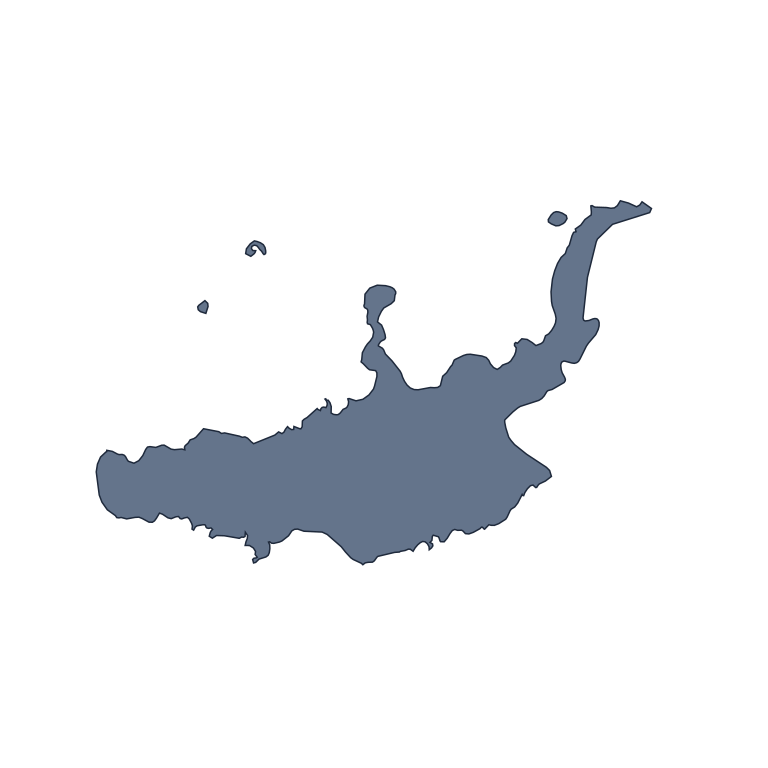 the border of West New Britain, rotated 345°
{"feature_id": "PNG-1257", "entity_name": "West New Britain", "entity_type": "Province", "adm_level": 1, "iso_a3": "PNG", "parent_name": "Papua New Guinea", "parent_adm1": "", "projection": "robinson", "projection_center": [149.97, -5.482], "detail": "fine", "context": "isolated", "style": "filled", "palette": "slate", "viewbox_px": 768, "rotation_deg": 345, "n_neighbors": 0, "source": "natural_earth", "source_scale": "10m", "svg_char_len": 6161}
<svg xmlns="http://www.w3.org/2000/svg" viewBox="0 0 768 768"><g transform="rotate(345 384 384)"><path d="M521.8,516.6L514.8,519.5L508.2,520.7L506.7,521.6L504.7,523.4L503.7,523.3L501.8,520.2L499.2,520.1L495.4,522.3L491.9,525.4L490.0,528.0L489.0,527.5L488.8,526.5L482.3,533.7L478.4,536.6L474.5,537.8L473.0,539.0L468.6,544.3L466.6,546.1L458.7,548.6L454.0,549.1L450.9,548.2L448.9,547.1L443.6,550.3L443.0,549.8L442.1,547.9L441.1,547.5L439.2,548.6L431.9,550.4L427.2,550.8L423.9,549.6L422.2,546.4L421.1,545.3L417.2,544.4L414.7,542.8L412.1,543.2L409.1,545.5L405.2,549.3L401.3,552.0L397.9,551.0L397.5,550.1L397.3,546.8L397.0,545.6L392.4,542.8L391.2,543.8L389.8,547.5L387.4,548.9L389.5,551.0L389.3,553.0L387.5,554.6L384.8,555.8L385.4,552.8L384.6,549.6L382.9,547.1L380.6,546.1L378.1,546.6L375.0,548.0L371.7,550.3L368.8,553.1L366.6,550.4L364.8,549.8L361.4,550.3L356.5,549.9L355.4,550.3L350.7,549.4L333.5,548.9L332.3,549.5L328.9,552.3L326.8,553.1L322.4,552.1L319.6,551.9L316.8,553.1L315.7,551.3L308.8,545.5L306.9,543.2L303.3,536.3L300.6,530.1L290.2,514.6L285.9,511.0L268.6,505.5L263.1,501.8L260.0,501.2L257.0,502.0L252.5,505.9L244.8,509.2L242.0,509.6L236.3,509.4L234.1,508.6L232.7,506.8L231.5,506.8L232.0,509.8L231.1,513.6L229.5,517.3L227.7,519.5L225.2,520.5L218.0,520.8L213.9,523.1L211.7,523.1L211.7,519.5L213.3,518.6L215.5,518.9L216.7,518.5L215.4,515.3L216.6,512.5L215.4,508.6L212.3,505.2L208.1,504.0L209.9,500.6L212.0,497.8L213.0,495.0L211.7,491.3L210.3,495.3L208.7,495.7L206.8,495.0L204.3,495.6L190.6,489.3L183.0,487.0L178.3,488.5L175.8,485.8L177.8,482.4L179.1,481.1L180.8,480.1L179.6,478.2L177.3,478.1L175.7,477.3L175.0,476.0L175.0,474.6L174.5,473.6L172.7,473.1L166.8,472.6L164.7,473.3L162.3,475.9L161.0,474.5L162.2,471.5L162.1,468.9L161.0,464.0L159.6,461.9L156.6,461.7L153.7,462.0L152.3,461.2L151.2,458.8L148.6,458.4L143.6,459.0L140.6,457.3L136.4,452.5L133.7,450.6L129.4,454.8L126.9,456.8L124.5,457.6L121.2,456.6L115.7,451.4L112.8,449.2L109.0,448.4L100.5,447.7L95.6,444.9L93.3,444.7L91.3,443.9L90.5,441.6L84.2,433.9L81.0,425.2L80.2,417.6L83.3,394.4L86.5,387.2L91.3,381.2L97.8,377.7L98.7,377.5L99.1,376.3L104.2,378.8L108.4,382.7L109.8,383.6L112.9,384.3L114.6,385.5L115.5,387.1L116.4,390.9L117.1,392.5L122.0,395.8L127.3,394.6L132.5,390.7L136.9,385.5L139.2,383.7L141.7,383.9L147.2,386.2L153.5,385.6L155.9,386.2L161.5,391.8L164.6,393.2L171.9,394.5L174.6,396.0L174.9,393.4L176.0,392.1L179.5,390.4L182.3,387.8L186.3,387.5L188.7,386.7L198.1,380.5L212.1,387.3L214.2,389.7L217.4,390.0L230.9,397.0L233.3,398.8L236.0,399.1L238.2,401.0L240.4,404.7L240.1,404.5L242.6,407.9L265.3,405.1L269.8,403.0L272.6,405.5L274.9,404.6L277.1,402.2L279.8,400.2L281.0,402.3L283.0,404.2L285.0,404.5L286.0,401.7L290.9,405.3L292.1,405.8L293.9,404.1L295.6,398.6L297.7,397.4L301.0,396.5L313.1,390.4L313.6,391.5L315.7,393.2L316.7,391.5L318.2,390.6L319.9,390.7L321.8,391.8L323.5,389.9L324.2,387.8L324.0,385.5L323.1,383.3L323.9,383.2L324.3,384.8L325.9,385.2L327.0,388.2L327.2,392.2L325.4,398.3L327.4,400.3L330.1,401.4L331.8,401.7L334.2,400.7L337.9,397.9L341.0,397.4L342.5,396.6L344.1,394.7L345.2,392.0L345.2,389.0L346.5,389.0L352.6,393.0L359.7,393.3L366.6,390.7L372.5,386.2L374.3,383.6L379.1,374.9L380.0,371.4L379.4,368.9L373.7,366.5L372.2,364.5L369.3,359.2L367.6,356.7L368.8,354.7L371.2,348.2L375.7,343.3L378.4,341.0L381.9,338.8L385.2,335.9L387.4,331.3L387.5,329.1L387.3,327.0L386.2,323.1L383.7,321.6L383.7,320.1L384.6,317.8L385.2,314.2L387.0,310.5L387.4,308.3L387.0,307.1L385.2,305.3L384.8,304.2L385.0,302.8L385.9,301.7L388.9,292.3L395.1,287.7L403.0,286.8L410.9,289.4L414.9,291.6L416.9,293.2L418.3,295.0L419.2,298.0L418.7,299.7L417.6,301.0L415.5,306.2L411.7,308.3L403.5,310.5L400.3,313.1L396.2,317.8L393.8,322.3L396.9,326.5L397.6,331.4L397.8,336.6L397.4,339.8L396.1,341.1L392.6,341.8L391.1,342.6L388.8,344.7L388.4,345.7L391.7,349.0L392.5,350.9L393.1,355.4L397.7,363.7L402.9,375.8L403.5,378.5L403.7,382.3L404.5,386.7L406.0,391.0L408.3,394.6L411.7,397.2L415.5,398.4L428.0,399.4L431.6,400.6L434.9,401.2L438.0,400.2L442.7,391.7L447.4,389.3L452.9,384.4L454.7,383.3L457.9,379.2L459.1,378.7L468.2,377.0L471.7,376.9L475.1,377.6L485.8,382.3L489.6,384.9L491.3,388.2L492.0,392.1L494.1,396.5L497.1,399.2L500.6,398.1L503.4,396.4L509.6,395.8L512.4,394.6L517.4,390.1L519.6,387.0L521.1,383.3L520.0,380.7L520.6,378.7L522.0,378.0L523.4,379.2L528.8,376.0L533.8,378.0L537.9,382.4L540.7,386.2L546.2,385.6L548.2,384.8L549.5,383.6L552.5,379.2L556.1,378.2L559.9,375.5L563.2,372.3L565.5,369.3L567.2,365.2L567.5,360.9L566.8,351.8L567.2,347.5L569.2,338.2L573.9,326.2L578.2,318.8L582.9,312.4L587.8,307.6L592.9,304.9L596.2,299.9L598.9,297.9L604.0,289.4L606.4,286.6L608.9,286.6L608.9,283.8L615.3,281.4L620.7,277.1L627.9,274.3L628.8,271.6L629.9,265.5L631.1,265.5L633.3,267.7L644.8,271.2L648.7,273.0L652.2,273.5L655.6,272.1L659.7,268.2L667.0,272.5L673.9,278.2L677.4,277.3L680.4,274.8L687.8,283.7L685.0,287.2L646.1,288.9L627.7,299.2L625.8,301.6L608.1,333.7L593.3,371.8L593.4,374.1L594.6,375.2L598.5,375.7L602.6,375.2L604.5,375.3L605.9,375.8L606.9,376.6L607.6,378.3L607.7,380.4L606.8,383.6L604.9,386.9L601.3,391.1L592.1,397.4L589.3,399.8L579.8,410.6L577.7,412.5L575.6,413.3L573.2,413.3L570.8,412.3L564.7,408.8L563.5,408.4L561.5,408.8L560.3,410.1L559.5,411.9L558.9,416.0L559.0,419.3L560.2,424.2L560.4,426.4L559.9,427.8L558.3,429.2L544.9,432.8L540.8,432.8L539.4,433.4L535.6,437.0L532.6,438.9L529.3,439.9L509.8,440.9L506.8,441.8L501.1,444.4L491.6,449.8L491.1,450.5L490.7,452.3L490.3,457.8L490.7,467.7L492.1,471.5L494.4,476.3L503.6,488.8L519.3,506.5L521.6,510.5L521.8,516.6ZM597.3,263.0L600.4,265.1L603.6,268.5L603.6,271.6L600.6,274.5L598.6,275.4L594.1,276.3L590.9,275.7L587.0,272.6L584.8,270.0L585.2,267.7L589.2,264.0L592.2,262.3L594.9,262.1L597.3,263.0ZM295.8,212.2L298.3,213.5L301.2,215.6L303.5,218.2L304.4,221.3L304.2,224.7L303.8,226.4L303.2,227.5L301.6,227.9L301.0,226.9L300.1,224.0L298.8,221.9L297.9,219.5L296.8,217.4L294.6,216.3L291.9,216.9L291.0,219.0L291.8,221.1L294.6,222.0L293.4,223.7L292.0,224.7L288.4,226.2L284.1,222.3L286.1,217.8L291.1,214.0L295.8,212.2ZM224.0,261.3L225.4,260.1L232.6,257.1L234.6,260.5L234.1,263.6L230.2,269.7L225.4,266.6L223.8,264.2L224.0,261.3Z" fill="#64748b" stroke="#1e293b" stroke-width="1.5"/></g></svg>